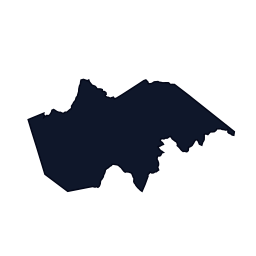 Monsenhor Tabosa, Ceará, Brazil, rotated 245°
{"feature_id": "56859067B83702629342983", "entity_name": "Monsenhor Tabosa", "entity_type": "district", "adm_level": 2, "iso_a3": "BRA", "parent_name": "Brazil", "parent_adm1": "Ceará", "projection": "orthographic", "projection_center": [-40.061, -4.94], "detail": "fine", "context": "isolated", "style": "filled", "palette": "ink", "viewbox_px": 256, "rotation_deg": 245, "n_neighbors": 0, "source": "geoboundaries", "source_scale": "gbopen_adm2", "svg_char_len": 2848}
<svg xmlns="http://www.w3.org/2000/svg" viewBox="0 0 256 256"><g transform="rotate(245 128 128)"><path d="M177.0,58.0L177.8,41.1L165.2,39.3L148.6,37.1L121.2,33.2L96.1,46.6L90.9,67.6L90.4,69.4L90.0,71.1L88.4,73.2L88.3,74.6L87.0,75.7L87.4,77.2L88.2,78.2L89.3,79.3L91.2,80.4L92.2,81.4L92.6,82.5L93.4,83.7L94.2,84.9L95.6,85.9L97.1,87.8L98.2,88.8L99.5,89.7L100.2,91.4L100.3,93.1L101.0,95.3L101.1,97.2L101.9,98.2L101.3,99.6L100.4,100.9L99.4,102.4L98.3,103.6L96.9,104.1L94.9,105.1L92.9,105.5L90.7,106.0L89.2,106.8L89.0,108.1L87.8,110.1L86.8,111.1L85.6,112.2L83.6,112.2L81.5,112.0L79.8,112.2L78.4,111.4L77.0,110.6L75.7,110.5L74.3,110.9L72.6,111.0L71.3,111.3L69.5,111.8L68.1,112.4L66.4,113.0L64.7,114.0L69.8,119.7L75.9,125.8L77.3,126.1L77.9,127.9L78.8,129.2L77.1,130.7L76.6,132.3L76.9,133.7L76.4,135.2L76.8,136.8L77.0,138.0L80.0,138.3L81.5,140.0L83.3,140.8L85.4,141.1L87.4,141.0L89.1,142.1L90.2,143.5L89.4,144.6L89.3,145.8L90.1,146.9L91.2,148.3L90.9,149.7L92.5,148.9L93.5,148.1L95.1,147.5L96.9,147.2L98.5,147.5L98.1,149.5L98.3,151.3L98.2,153.2L99.5,153.1L100.8,152.7L102.0,151.9L103.3,152.1L104.4,153.8L103.6,155.0L102.9,156.0L103.1,157.4L102.2,159.5L102.7,161.4L102.4,163.0L100.8,163.4L99.5,163.5L96.0,165.3L94.8,166.2L92.2,166.0L91.2,165.2L89.9,165.8L88.2,166.4L85.3,167.1L83.5,168.0L83.1,169.3L81.6,171.3L82.1,173.0L84.9,174.7L84.8,176.9L85.1,178.6L86.6,181.0L87.9,182.7L88.6,184.0L88.2,185.7L86.3,186.1L84.9,186.0L83.2,185.9L81.2,187.6L83.6,189.7L84.3,190.9L85.2,192.0L86.9,192.9L88.4,193.6L89.9,194.2L89.9,196.0L88.3,197.6L89.0,199.3L89.7,201.0L88.8,203.0L88.2,204.7L88.7,206.7L89.7,208.2L89.1,209.6L88.2,211.6L86.9,212.8L86.0,214.3L84.7,215.9L84.7,217.6L83.3,217.5L82.1,216.8L80.8,217.2L79.2,218.7L77.7,219.4L76.7,220.8L79.7,222.8L127.0,199.2L131.3,197.1L147.8,188.5L148.8,186.5L149.5,184.7L151.8,183.9L152.6,182.3L153.5,180.3L154.2,178.6L155.3,177.2L156.3,175.6L157.4,174.8L158.1,172.9L158.7,171.2L158.3,168.7L158.6,167.1L159.4,165.2L161.4,165.4L164.0,164.5L164.2,162.4L163.2,155.5L160.6,136.6L159.9,130.1L160.1,128.0L162.1,127.8L162.4,125.9L162.5,124.4L164.0,123.3L164.9,121.9L166.1,121.1L167.5,121.1L167.8,122.5L169.5,122.9L171.0,122.0L172.0,120.2L173.7,120.9L174.9,119.7L175.8,117.9L176.5,116.5L178.2,116.3L179.7,115.8L180.8,114.8L181.8,113.6L184.0,113.0L186.2,112.5L188.1,112.7L188.0,111.1L189.2,109.9L190.9,108.1L191.3,105.7L189.8,104.6L187.9,103.4L186.6,101.8L185.3,100.8L184.2,100.0L183.1,99.4L181.8,98.7L180.5,97.5L179.1,96.3L178.1,95.5L177.6,94.1L176.4,93.0L175.2,92.0L174.7,90.8L174.1,89.6L173.1,88.4L172.3,87.1L171.7,86.1L170.4,85.7L169.5,84.7L169.1,82.7L168.6,81.0L168.1,79.4L168.9,77.7L168.5,75.6L169.5,74.3L170.7,73.5L171.4,72.0L172.9,70.5L174.7,69.4L176.2,68.4L176.2,66.6L174.8,65.5L173.9,64.3L172.9,62.6L172.7,60.9L173.7,59.8L173.1,56.2L174.6,57.5L175.7,57.1L177.0,58.0Z" fill="#0f172a" stroke="#020617" stroke-width="1.5"/></g></svg>